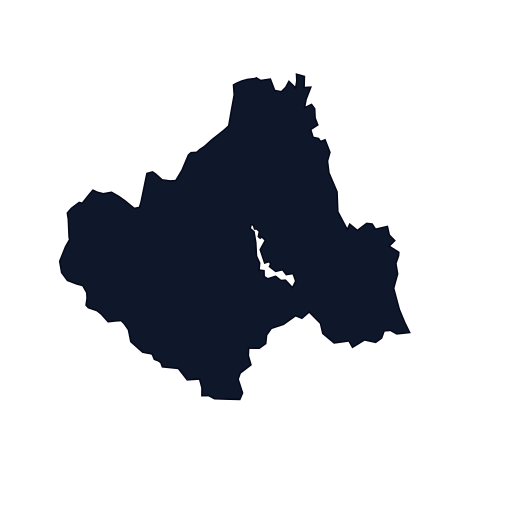 Sariasiya, Surkhandarya, Uzbekistan, rotated 227°
{"feature_id": "79887680B82153546012261", "entity_name": "Sariasiya", "entity_type": "district", "adm_level": 2, "iso_a3": "UZB", "parent_name": "Uzbekistan", "parent_adm1": "Surkhandarya", "projection": "albers", "projection_center": [67.81, 38.69], "detail": "fine", "context": "isolated", "style": "filled", "palette": "ink", "viewbox_px": 512, "rotation_deg": 227, "n_neighbors": 0, "source": "geoboundaries", "source_scale": "gbopen_adm2", "svg_char_len": 2364}
<svg xmlns="http://www.w3.org/2000/svg" viewBox="0 0 512 512"><g transform="rotate(227 256 256)"><path d="M95.2,316.2L105.5,319.3L119.2,324.4L138.5,334.7L146.3,347.4L155.1,353.2L158.9,360.4L161.3,363.0L172.4,360.1L172.6,368.0L180.4,367.8L188.0,372.3L194.1,361.7L200.2,362.8L204.4,359.2L205.6,347.6L215.4,346.3L213.1,340.8L232.6,346.1L247.7,359.1L267.1,366.1L276.7,373.1L281.4,380.8L293.9,385.8L295.7,381.3L299.3,381.9L303.9,378.7L311.2,382.3L309.7,390.6L316.5,393.3L323.7,399.4L329.0,400.0L331.3,392.6L336.4,399.5L342.1,411.3L346.4,406.1L354.3,413.9L361.4,409.6L356.2,405.2L351.9,399.6L361.3,399.2L359.1,392.8L358.9,386.6L364.3,382.6L375.6,387.2L381.2,379.1L386.1,377.8L386.5,376.3L391.0,370.2L393.7,365.0L395.6,359.7L396.5,356.2L388.7,349.9L379.3,337.3L369.8,324.8L369.9,317.7L371.1,303.6L371.3,293.0L372.2,287.8L372.3,283.3L375.9,279.0L376.0,275.5L369.2,260.3L365.9,248.8L369.5,244.4L375.7,239.3L384.5,238.5L388.1,237.7L390.8,232.5L373.6,208.3L371.1,203.9L373.8,199.5L379.1,198.7L385.3,197.9L393.2,196.3L401.2,193.8L405.7,186.8L411.0,183.4L415.4,181.7L414.7,175.5L413.1,164.9L415.8,163.2L416.8,153.5L416.6,151.4L416.1,147.3L410.8,143.7L397.0,131.9L395.2,131.0L392.7,123.0L386.0,108.8L376.4,102.5L366.7,101.4L357.9,105.7L352.5,109.1L344.6,107.2L340.3,103.6L336.0,98.2L332.5,98.1L324.5,102.4L319.2,103.2L308.7,103.0L304.2,109.1L300.6,113.4L296.2,113.4L289.1,112.4L278.7,106.0L262.9,107.5L258.8,110.5L256.6,112.2L254.8,113.1L250.0,111.2L248.7,111.6L246.5,112.9L243.0,113.7L238.8,111.9L226.7,122.5L212.3,121.2L204.5,130.8L196.4,126.5L190.7,121.1L186.2,126.1L179.9,128.3L171.8,136.4L162.1,146.3L165.0,152.8L178.1,158.9L181.1,164.6L179.8,178.1L188.3,182.4L193.6,187.8L186.3,195.4L185.3,203.4L190.9,209.8L192.6,217.8L187.2,229.7L185.3,244.2L179.1,247.1L178.8,256.7L162.8,257.2L153.8,252.0L139.1,253.8L130.5,266.0L123.4,264.3L120.6,278.1L111.2,284.6L110.3,291.9L113.8,298.6L109.9,303.6L103.0,305.8L95.2,316.2ZM235.4,248.0L239.8,251.9L243.6,248.7L248.3,253.9L255.6,256.3L265.9,265.0L275.1,271.1L280.0,270.5L282.4,273.9L280.3,275.1L276.7,273.3L275.4,274.9L271.7,275.2L268.6,270.9L266.1,271.2L266.1,273.3L261.1,273.5L257.8,263.4L244.9,257.5L243.1,261.6L240.3,261.5L239.1,258.6L231.3,259.9L227.9,266.0L221.7,265.4L217.9,271.1L210.6,267.9L208.0,261.1L218.2,261.1L221.2,257.5L227.8,256.5L231.3,249.1L235.4,248.0Z" fill="#0f172a" stroke="#020617" stroke-width="1.5"/></g></svg>